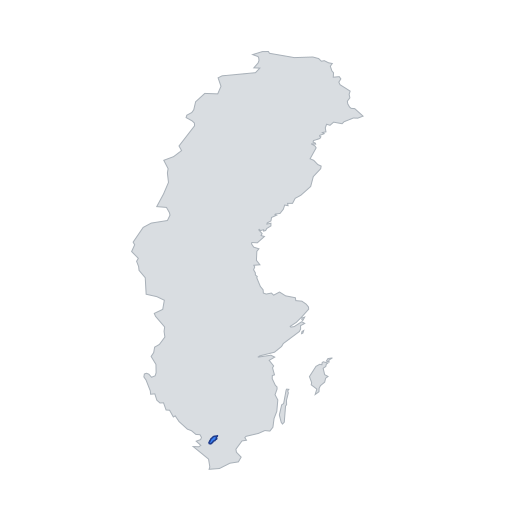 Örkelljunga, Skåne, Sweden (highlighted), rotated 345°
{"feature_id": "70781695B2310974409616", "entity_name": "Örkelljunga", "entity_type": "district", "adm_level": 2, "iso_a3": "SWE", "parent_name": "Sweden", "parent_adm1": "Skåne", "projection": "robinson", "projection_center": [13.368, 56.334], "detail": "fine", "context": "in_parent", "style": "filled", "palette": "blue", "viewbox_px": 512, "rotation_deg": 345, "n_neighbors": 0, "source": "geoboundaries", "source_scale": "gbopen_adm2", "svg_char_len": 4314}
<svg xmlns="http://www.w3.org/2000/svg" viewBox="0 0 512 512"><g transform="rotate(345 256 256)"><path d="M121.9,342.4L123.7,346.1L127.6,345.6L129.3,342.9L131.3,334.8L128.7,325.9L132.2,322.8L134.5,317.8L139.8,316.4L147.0,310.7L147.7,305.0L149.4,300.9L143.3,288.2L142.9,285.1L152.1,283.4L156.0,275.0L149.7,269.6L140.0,264.5L143.4,248.3L139.3,239.6L139.9,235.8L139.3,230.2L141.7,227.8L137.0,219.5L141.7,213.8L140.9,210.8L154.4,199.2L163.3,197.1L179.6,198.8L183.5,194.3L183.6,191.8L182.1,185.9L172.9,182.6L182.8,172.1L190.5,162.3L191.9,152.9L193.7,148.9L191.7,139.7L202.1,138.7L211.4,134.9L210.1,129.8L230.3,114.4L230.9,111.6L229.3,109.0L224.3,104.2L225.6,102.1L231.1,100.8L233.7,98.7L237.6,91.4L248.6,85.7L261.0,89.5L266.1,83.0L265.5,74.1L269.9,73.2L302.9,78.8L308.3,75.5L302.6,73.7L308.0,70.1L309.5,67.9L309.9,65.3L309.6,63.9L304.9,60.6L315.2,60.2L320.9,61.7L321.5,63.7L344.4,74.3L362.4,78.5L367.6,81.5L369.6,84.8L372.5,85.0L376.0,88.1L379.5,89.8L376.9,91.9L377.2,96.8L378.3,99.1L376.9,103.3L382.8,104.3L383.8,106.9L381.0,109.5L381.5,112.3L389.6,121.1L387.8,123.9L387.6,127.5L384.3,130.1L384.0,132.8L384.9,136.3L386.1,138.0L389.5,139.2L395.6,148.6L390.0,149.2L385.7,147.9L375.8,149.1L373.4,150.5L365.6,146.8L361.3,148.9L358.3,147.0L356.1,150.1L355.7,154.2L352.1,153.9L353.5,155.5L348.7,156.0L348.4,156.7L349.5,157.7L348.1,159.0L341.4,159.4L340.6,160.8L342.6,162.4L342.6,163.4L338.3,161.9L341.4,164.9L342.1,167.1L333.4,176.1L336.5,178.5L339.3,183.6L342.2,186.0L341.1,188.4L331.9,194.1L326.8,203.0L315.1,208.9L308.8,210.4L304.9,214.6L300.1,213.3L300.0,215.7L296.9,214.2L294.5,217.9L290.2,221.1L285.5,220.5L285.0,221.0L286.4,221.9L281.0,222.8L279.5,226.0L275.4,226.9L274.8,228.0L278.9,228.2L278.2,230.8L273.5,232.2L271.9,233.9L269.8,233.9L270.2,232.6L267.0,232.6L266.0,231.1L265.4,231.5L267.7,235.9L266.2,237.6L269.2,239.3L260.7,243.6L255.5,241.9L254.8,243.2L256.1,246.9L260.7,249.8L258.0,251.7L255.3,260.3L257.5,265.5L251.5,264.4L251.9,266.3L250.1,268.7L251.0,272.0L250.5,274.2L251.9,276.2L251.1,277.2L252.3,286.5L254.1,290.5L253.5,293.7L256.0,295.4L261.3,295.8L262.9,298.4L269.4,296.9L274.2,302.1L283.2,306.5L282.9,309.4L288.6,311.5L292.0,315.5L293.5,318.9L293.1,321.0L284.4,326.7L277.8,330.5L270.8,332.8L271.2,333.7L274.6,334.1L283.1,331.3L285.6,333.7L281.0,334.8L280.2,338.1L278.3,340.2L259.7,347.6L257.3,350.0L249.0,353.7L233.9,353.4L231.6,354.2L244.7,355.7L247.9,358.5L241.7,360.2L244.6,366.8L243.0,368.3L243.1,375.6L240.8,375.7L239.9,378.7L241.2,385.9L242.4,387.9L241.9,390.0L238.5,394.9L239.8,400.7L235.9,411.4L231.4,417.6L228.0,425.8L224.1,428.7L219.4,426.9L212.4,428.0L199.7,427.6L198.2,428.5L199.1,431.5L194.6,431.0L186.6,437.4L186.3,440.5L189.6,446.4L185.7,450.3L177.1,449.4L165.7,451.8L155.5,449.9L156.8,447.8L157.6,439.9L146.0,423.8L151.4,425.5L153.7,424.6L150.3,419.4L155.0,419.0L156.4,417.1L155.6,414.1L151.8,412.8L148.4,408.0L144.9,405.5L138.8,396.0L136.6,389.5L134.5,390.1L132.6,382.6L129.3,381.5L128.7,373.9L125.2,373.1L122.9,369.6L122.6,363.0L118.4,362.2L119.0,359.0L117.7,347.4L116.4,343.8L117.6,341.1L119.8,340.9L121.9,342.4ZM297.7,378.0L295.9,378.7L294.8,380.8L291.8,381.8L291.6,388.4L294.4,391.0L291.6,392.1L289.7,395.6L284.7,397.9L282.7,400.2L281.7,403.4L277.3,405.1L280.3,400.3L276.0,394.7L277.0,392.7L276.4,386.3L285.4,378.1L289.6,377.1L291.5,378.1L292.3,376.1L293.6,375.6L297.7,378.0ZM240.3,423.8L238.1,425.2L237.3,423.2L237.4,415.6L242.3,406.4L244.5,405.7L250.4,393.3L251.1,392.5L253.2,393.3L251.7,394.5L251.8,396.6L248.1,403.2L247.1,407.5L245.7,408.6L240.3,423.8ZM299.5,375.4L299.1,377.3L296.8,375.7L298.9,373.7L303.4,374.2L299.5,375.4ZM287.2,327.6L284.4,330.5L283.8,329.3L284.4,327.8L287.2,327.6ZM281.3,342.6L279.9,342.8L280.9,340.8L282.8,340.3L281.3,342.6Z" fill="#d9dde1" stroke="#a8b0b8" stroke-width="1"/><path d="M161.9,424.9L162.3,425.1L163.1,425.5L163.5,425.7L164.2,425.6L164.4,425.2L165.0,425.2L165.3,425.1L165.8,424.9L166.1,424.6L166.6,424.0L167.3,423.7L168.4,423.7L168.6,423.5L169.1,423.2L169.4,422.8L169.9,422.7L170.4,422.7L170.8,422.4L170.5,421.9L170.5,421.5L170.9,420.9L171.2,420.5L171.8,420.3L172.2,419.8L172.2,419.7L171.8,419.7L170.5,419.6L169.8,419.4L168.1,419.4L166.9,420.1L164.8,421.2L164.4,422.0L164.0,422.3L163.9,422.3L163.5,422.6L163.5,423.0L162.8,423.5L162.4,423.8L162.2,424.3L162.1,424.9L161.9,424.9Z" fill="#3b82f6" stroke="#1e3a8a" stroke-width="1.5"/></g></svg>